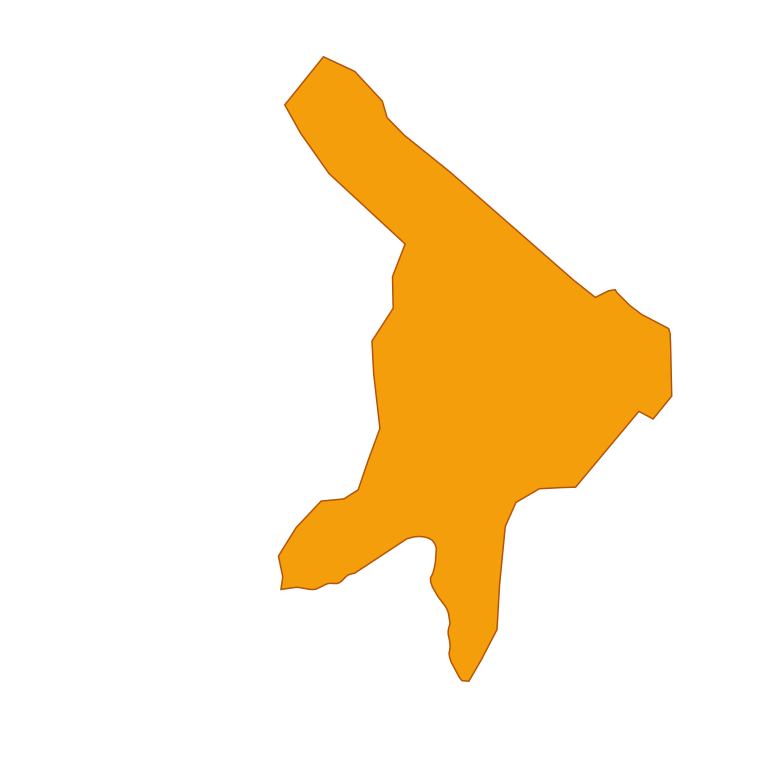 map outline of Dabola (Albers equal-area conic projection), rotated 129°
{"feature_id": "GIN-5632", "entity_name": "Dabola", "entity_type": "Prefecture", "adm_level": 1, "iso_a3": "GIN", "parent_name": "Guinea", "parent_adm1": "", "projection": "albers", "projection_center": [-11.021, 10.553], "detail": "fine", "context": "isolated", "style": "filled", "palette": "amber", "viewbox_px": 768, "rotation_deg": 129, "n_neighbors": 0, "source": "natural_earth", "source_scale": "10m", "svg_char_len": 1287}
<svg xmlns="http://www.w3.org/2000/svg" viewBox="0 0 768 768"><g transform="rotate(129 384 384)"><path d="M229.5,636.8L213.6,636.8L167.8,637.0L159.5,603.4L165.2,563.4L175.1,549.1L177.9,524.7L177.7,466.0L184.0,301.6L183.7,274.3L170.1,268.1L165.2,263.6L166.4,260.7L168.3,242.2L167.8,227.5L161.8,197.5L165.5,192.5L167.7,190.9L170.9,187.9L212.3,152.8L241.8,152.8L244.9,168.7L343.6,170.2L353.0,181.1L367.7,197.4L393.0,206.9L418.4,200.1L467.8,167.5L503.8,141.6L537.2,134.8L561.6,131.0L565.5,136.8L564.7,140.5L557.9,156.7L554.9,161.3L552.1,164.2L549.9,165.2L546.1,167.6L541.8,172.0L538.5,176.2L536.0,178.4L533.5,179.9L529.1,181.7L527.9,182.7L521.7,189.5L519.7,192.8L518.3,196.0L515.2,208.5L511.2,218.8L508.4,223.2L505.5,225.8L500.4,226.9L495.9,228.8L489.8,232.1L478.4,240.2L476.1,244.2L475.1,248.2L475.8,252.6L477.6,256.7L480.5,260.9L484.4,264.9L490.1,268.9L549.4,287.7L553.0,290.5L555.0,291.7L557.5,292.3L563.9,292.9L566.5,293.6L568.9,295.2L573.2,300.9L575.2,302.5L586.3,307.8L588.3,309.7L590.1,312.1L596.0,322.6L597.4,324.4L608.5,334.8L597.5,341.4L584.1,357.8L550.7,361.9L514.6,359.2L498.6,342.9L482.5,337.5L453.1,348.3L421.1,359.2L382.3,398.7L358.2,420.4L319.4,424.5L295.3,444.9L261.9,455.7L255.1,559.0L241.6,606.6L229.5,636.8Z" fill="#f59e0b" stroke="#b45309" stroke-width="1.5"/></g></svg>